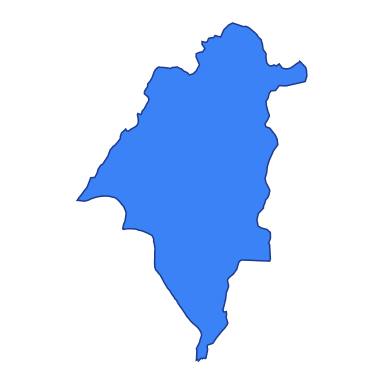 the district of Nzerekore, Nzérékoré, Guinea
{"feature_id": "49546643B90650861539484", "entity_name": "Nzerekore", "entity_type": "district", "adm_level": 2, "iso_a3": "GIN", "parent_name": "Guinea", "parent_adm1": "Nzérékoré", "projection": "natural_earth1", "projection_center": [-8.827, 7.893], "detail": "fine", "context": "isolated", "style": "filled", "palette": "blue", "viewbox_px": 384, "rotation_deg": 0, "n_neighbors": 0, "source": "geoboundaries", "source_scale": "gbopen_adm2", "svg_char_len": 4075}
<svg xmlns="http://www.w3.org/2000/svg" viewBox="0 0 384 384"><path d="M160.0,67.2L159.3,67.0L157.5,67.6L155.9,69.2L155.6,69.5L154.2,71.8L153.3,74.3L151.9,78.1L151.0,79.6L149.6,81.8L147.8,83.7L147.4,87.1L145.4,89.7L144.5,91.5L144.4,93.8L148.0,97.0L148.8,98.4L148.6,101.0L146.5,104.4L145.6,106.2L144.4,108.6L142.1,111.2L141.3,114.4L139.5,114.1L137.8,113.5L137.4,114.8L138.1,118.2L138.3,120.9L138.1,123.3L137.4,124.7L136.2,126.1L134.3,127.4L131.3,129.0L129.8,130.0L128.6,131.1L126.6,130.7L125.7,129.0L123.7,131.0L121.5,133.0L120.3,136.4L120.4,138.3L119.5,139.7L117.5,142.3L114.6,145.6L113.4,146.1L110.2,149.9L108.8,153.6L108.1,155.8L102.7,164.2L101.0,165.0L99.6,166.9L98.0,169.5L97.5,171.5L97.0,173.2L96.4,174.4L94.8,177.4L90.7,177.7L88.9,182.7L87.2,187.0L85.6,189.1L84.2,190.9L81.0,195.2L78.6,198.2L77.2,200.4L78.3,200.3L79.6,200.6L81.2,200.7L83.3,201.1L85.3,201.0L86.9,200.6L88.9,199.9L90.4,199.2L91.3,198.6L92.3,198.5L94.0,197.8L96.1,197.2L98.8,196.6L101.0,196.3L103.1,196.1L105.6,196.0L108.0,196.1L109.8,196.4L112.8,197.2L114.2,197.5L115.8,198.1L118.1,200.1L120.2,202.3L121.6,204.2L123.5,206.3L124.9,209.3L126.0,212.3L126.0,214.8L125.5,217.8L125.1,220.8L124.1,223.0L123.4,225.3L122.7,228.7L123.3,229.4L124.7,229.2L127.3,228.7L131.7,228.8L136.1,229.1L138.7,230.2L141.5,230.7L143.4,231.4L145.7,232.3L148.0,233.3L149.7,234.3L151.8,235.2L153.1,237.5L153.7,239.2L153.6,241.6L154.4,243.9L154.4,245.1L155.0,248.2L154.9,250.4L154.8,251.8L154.7,253.0L154.8,256.3L154.6,260.2L154.6,263.1L154.9,267.3L155.7,269.9L157.4,271.6L158.4,273.3L159.9,274.6L161.5,277.4L163.7,281.6L165.7,285.0L167.5,288.0L169.7,290.6L171.0,292.6L172.4,295.0L173.3,296.1L174.5,297.8L175.0,299.0L176.3,300.0L177.1,301.5L178.3,303.8L179.3,305.2L181.0,307.6L182.3,309.4L184.8,313.1L187.0,316.7L188.9,318.8L191.1,321.5L193.0,323.4L195.4,325.4L197.4,327.2L199.6,329.8L201.2,332.9L201.6,335.4L200.4,339.0L199.6,342.0L198.8,344.0L197.6,346.2L196.4,348.7L196.9,350.8L196.7,354.1L196.6,357.2L196.4,359.4L196.3,360.2L197.8,359.5L198.4,361.0L199.2,360.2L199.8,359.6L200.2,359.1L201.0,358.3L202.4,358.8L203.5,358.0L205.2,358.5L206.0,358.0L206.7,354.4L207.7,349.2L207.1,347.2L207.3,345.6L208.2,344.8L212.8,343.4L216.0,338.5L221.7,331.3L221.8,331.3L221.9,331.1L225.2,327.6L225.6,326.9L227.1,324.8L227.8,322.8L227.2,321.1L226.1,317.4L226.3,316.1L226.4,315.2L226.6,314.1L226.3,311.6L224.0,312.0L223.3,311.4L223.1,309.9L223.0,309.7L223.6,307.5L225.7,298.8L226.0,295.7L226.3,292.9L228.5,287.0L228.5,284.8L228.0,283.0L227.6,281.2L227.6,280.6L227.7,279.3L229.1,277.6L229.5,277.2L233.4,274.0L236.7,269.4L238.6,262.8L239.8,261.0L240.6,260.6L241.8,260.0L247.6,260.2L247.9,260.2L259.3,260.7L267.8,261.0L269.7,261.1L270.1,259.9L270.4,258.9L269.6,244.6L268.7,243.3L270.5,238.0L270.3,232.4L266.8,229.4L261.7,228.1L258.1,226.1L256.9,219.7L258.4,213.5L263.5,208.0L263.3,207.6L263.9,205.0L264.7,203.5L265.7,199.8L267.7,197.7L269.0,194.6L269.8,190.5L268.6,187.7L266.0,182.7L265.0,178.4L266.6,173.1L267.3,166.6L269.2,160.4L273.6,150.5L277.8,144.8L277.1,139.1L275.2,135.1L269.9,128.2L265.9,126.8L265.0,124.0L267.7,119.6L269.3,116.1L269.1,114.3L268.0,111.7L267.3,109.1L266.3,105.0L266.0,101.3L268.1,98.1L269.1,93.7L270.9,90.9L275.5,90.5L279.2,85.6L286.3,85.9L290.3,84.9L294.4,84.0L300.2,82.7L305.2,81.5L306.8,76.4L306.8,75.1L306.6,73.1L306.5,70.4L305.7,67.4L299.7,61.2L299.1,62.4L297.4,63.1L294.9,65.0L290.5,68.1L286.5,69.0L282.2,68.1L279.2,63.9L277.8,64.9L276.2,66.0L273.9,64.9L273.0,65.5L270.7,66.0L268.8,65.4L266.8,63.0L266.0,57.7L266.0,53.5L263.1,49.4L262.4,44.2L261.0,39.4L258.9,37.8L256.6,34.3L253.5,31.5L249.2,27.9L246.1,26.4L243.3,26.6L237.7,24.7L232.6,23.0L228.7,25.0L227.0,26.7L224.0,29.6L222.2,33.4L220.8,37.0L218.5,36.5L215.1,35.5L213.5,37.7L211.1,37.8L208.6,38.4L207.2,41.8L205.5,42.3L202.0,41.5L202.1,44.5L204.9,48.4L202.7,51.8L199.6,52.3L196.3,53.7L196.1,56.9L199.5,64.9L198.8,66.2L196.0,71.2L193.0,73.8L189.4,75.0L187.4,72.7L183.7,71.0L182.2,69.6L181.4,68.8L180.0,68.6L177.4,67.0L172.4,67.5L169.8,68.6L168.0,67.9L165.8,67.8L163.5,67.4L162.2,67.4L160.4,67.4L160.0,67.2Z" fill="#3b82f6" stroke="#1e3a8a" stroke-width="1.5"/></svg>